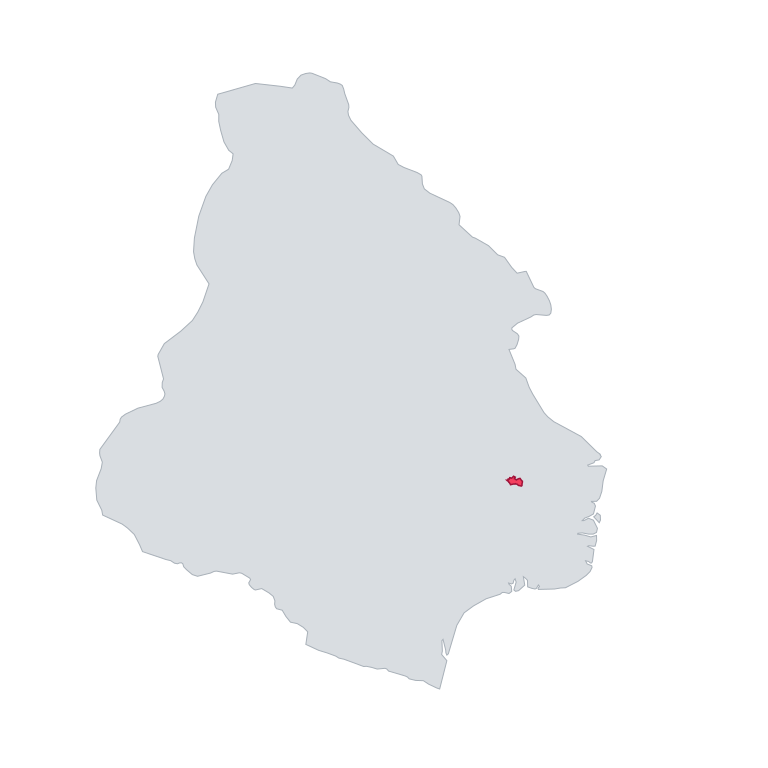 Awgu, Enugu, Nigeria shown in context, rotated 287°
{"feature_id": "59680162B11400589438827", "entity_name": "Awgu", "entity_type": "district", "adm_level": 2, "iso_a3": "NGA", "parent_name": "Nigeria", "parent_adm1": "Enugu", "projection": "robinson", "projection_center": [7.469, 6.159], "detail": "fine", "context": "in_parent", "style": "filled", "palette": "rose", "viewbox_px": 768, "rotation_deg": 287, "n_neighbors": 0, "source": "geoboundaries", "source_scale": "gbopen_adm2", "svg_char_len": 4902}
<svg xmlns="http://www.w3.org/2000/svg" viewBox="0 0 768 768"><g transform="rotate(287 384 384)"><path d="M612.5,140.3L633.8,173.2L638.4,197.8L640.2,209.8L643.7,211.3L650.3,211.9L655.1,214.3L658.0,218.3L659.8,222.1L660.1,224.3L658.9,239.0L657.3,244.3L658.2,251.5L658.0,254.6L657.3,256.8L654.3,259.2L650.3,261.5L640.8,268.6L638.1,269.6L634.1,269.8L630.6,271.5L626.5,275.3L617.7,289.3L610.2,303.5L604.7,326.3L598.1,333.4L596.9,339.7L595.9,354.0L594.9,358.3L593.8,359.5L586.6,362.2L582.4,365.5L579.9,372.0L576.8,393.9L575.7,397.5L573.3,401.3L569.7,405.4L566.5,407.7L558.2,409.2L550.3,425.7L550.2,428.6L546.8,443.6L540.8,454.9L540.4,462.2L532.8,472.1L528.9,478.9L532.9,486.0L533.3,487.1L520.2,499.1L519.4,500.9L518.9,509.2L517.9,511.4L515.5,514.4L512.0,517.8L508.4,520.4L504.4,522.2L500.5,522.8L498.3,521.8L497.1,519.3L494.9,509.1L493.7,507.0L491.2,505.0L481.2,493.9L475.1,489.9L473.7,490.2L472.7,491.3L471.0,496.9L469.3,499.0L466.1,499.7L460.5,499.7L456.5,498.9L455.6,497.8L453.6,493.4L441.1,503.6L436.7,505.9L431.2,517.9L423.3,523.8L417.9,529.1L403.4,545.4L400.5,550.2L397.6,557.4L391.4,588.1L381.4,607.3L380.0,611.4L379.5,611.3L378.1,613.0L374.3,611.9L372.5,608.3L370.1,607.8L366.0,602.5L365.1,603.4L369.5,616.6L367.8,621.8L355.5,621.9L345.0,623.7L337.7,623.5L334.0,621.6L332.4,616.7L331.8,617.2L331.4,619.9L329.1,621.9L321.0,622.3L317.4,618.9L314.5,615.2L311.3,613.5L311.8,615.1L315.4,618.8L315.0,624.1L308.4,630.3L304.2,630.6L301.6,627.9L300.3,623.6L299.6,617.2L297.9,613.0L297.0,613.0L298.1,620.0L298.2,626.5L301.3,631.5L296.5,633.1L290.7,633.3L290.0,631.4L289.3,627.2L288.3,626.1L287.1,633.2L275.3,635.2L273.6,634.9L273.2,633.6L274.1,631.6L273.9,628.4L271.3,630.9L270.9,635.8L269.4,636.6L264.9,635.9L260.0,633.3L252.0,627.2L242.2,617.1L240.6,612.6L237.8,607.0L232.7,591.7L233.6,591.0L235.9,591.9L237.0,590.4L232.9,589.4L232.1,588.3L231.8,584.9L232.0,580.7L238.2,578.6L239.6,576.1L240.5,573.6L232.8,577.4L225.7,573.1L224.2,570.4L225.0,568.4L233.2,568.3L236.1,566.3L234.4,565.6L231.2,565.7L230.1,564.4L230.1,561.3L229.1,562.0L227.8,564.8L223.0,566.8L220.2,564.8L219.9,560.2L219.3,558.1L216.9,556.5L208.5,544.5L198.0,534.5L188.6,527.5L174.5,524.2L144.8,524.4L143.1,523.4L145.0,521.8L147.6,520.8L157.1,515.1L155.5,514.4L145.6,517.9L142.2,518.2L137.8,525.0L108.6,526.4L108.7,523.4L110.0,514.5L111.8,508.4L109.8,501.0L109.4,494.3L110.6,492.2L111.0,489.7L110.8,472.4L112.3,469.9L112.4,468.1L109.4,460.8L109.4,455.2L108.9,449.7L107.9,447.2L109.1,426.2L108.7,421.0L109.7,417.3L110.2,408.3L110.2,399.4L112.1,385.4L124.7,383.5L127.7,378.0L129.5,371.1L128.9,364.2L133.0,358.2L137.9,352.8L137.7,347.0L139.1,345.2L141.4,343.8L144.7,343.1L148.5,340.2L150.6,335.1L152.6,326.9L149.4,321.2L149.5,319.9L150.7,316.9L152.7,313.8L154.3,312.8L157.9,313.6L159.1,312.4L161.4,303.3L161.2,300.9L157.9,294.8L156.1,278.5L155.1,276.3L152.5,273.4L145.6,261.9L145.7,256.4L148.7,249.4L150.6,246.0L153.3,244.1L153.8,242.5L153.0,240.6L151.7,239.1L151.4,236.0L152.7,231.6L152.4,226.8L153.1,202.1L158.8,197.3L167.1,189.2L171.3,180.8L173.5,174.5L176.4,153.3L180.8,151.0L189.0,143.3L200.3,138.8L207.6,137.4L220.4,138.3L226.9,137.5L232.4,133.3L234.9,132.2L238.4,131.4L270.3,142.4L273.2,142.0L275.7,142.7L279.6,145.6L289.0,155.8L298.9,171.7L302.0,175.1L305.0,177.0L308.2,177.6L310.5,177.4L312.8,175.9L315.9,172.8L320.6,171.5L324.4,171.7L344.3,159.6L346.2,159.4L358.4,162.1L375.1,174.2L388.7,182.2L398.3,184.9L409.5,186.8L428.6,187.4L443.1,170.3L448.4,166.5L454.8,163.2L468.2,160.0L490.5,157.8L511.4,158.8L524.4,161.7L538.1,167.3L544.0,172.6L553.3,173.5L560.0,172.4L562.1,167.2L568.7,160.2L578.7,153.7L586.8,149.2L593.5,147.2L599.5,142.1L604.2,140.4L612.5,140.3ZM321.7,629.2L317.2,630.8L314.3,630.4L318.3,623.4L320.4,624.9L323.0,625.5L321.7,629.2Z" fill="#d9dde1" stroke="#a8b0b8" stroke-width="1"/><path d="M332.8,534.4L332.3,534.2L332.0,534.1L331.2,533.4L331.2,532.8L331.3,532.7L331.3,532.4L331.3,532.0L331.2,531.6L330.2,531.7L329.6,531.5L329.6,531.3L329.6,531.1L329.6,530.8L329.5,530.5L329.3,530.4L329.0,530.4L328.3,530.7L327.9,529.5L327.6,530.1L327.5,530.6L327.5,530.8L326.8,531.9L326.5,532.1L326.5,532.4L326.3,532.7L325.0,534.2L324.9,534.4L324.7,534.5L324.8,534.7L325.2,535.1L325.2,535.4L325.8,536.4L325.9,536.5L326.3,537.3L326.3,537.5L326.6,538.4L326.8,538.5L327.0,538.8L326.8,538.9L327.1,540.5L327.0,540.8L326.7,541.4L326.5,541.7L326.5,541.8L326.3,542.3L326.5,543.8L326.5,545.1L326.7,545.3L326.8,545.4L327.0,545.5L327.8,545.6L328.5,545.2L329.2,545.1L329.9,545.2L330.7,545.0L331.5,544.8L331.8,544.0L331.9,543.9L332.4,543.1L332.7,542.7L333.5,541.8L333.4,541.6L333.3,541.4L333.3,541.1L333.2,540.9L333.0,540.7L332.7,540.4L332.6,540.2L332.4,539.9L332.1,539.7L331.9,539.6L331.8,539.4L331.7,539.2L331.4,538.9L331.0,538.7L331.1,538.2L331.2,537.8L331.4,537.5L331.6,536.9L331.6,536.6L331.6,536.4L332.1,536.4L332.4,536.4L332.5,536.6L333.3,536.8L333.6,535.3L333.7,534.9L332.8,534.4Z" fill="#f43f5e" stroke="#9f1239" stroke-width="1.5"/></g></svg>